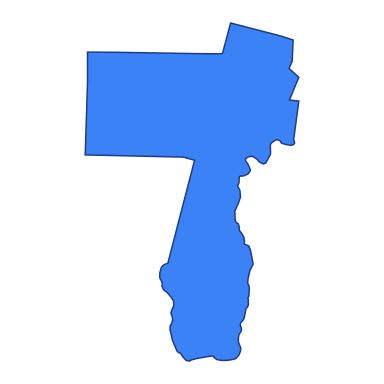 Charlton, Georgia, United States of America (orthographic projection)
{"feature_id": "52423323B4621357576796", "entity_name": "Charlton", "entity_type": "district", "adm_level": 2, "iso_a3": "USA", "parent_name": "United States of America", "parent_adm1": "Georgia", "projection": "orthographic", "projection_center": [-82.072, 30.717], "detail": "fine", "context": "isolated", "style": "filled", "palette": "blue", "viewbox_px": 384, "rotation_deg": 0, "n_neighbors": 0, "source": "geoboundaries", "source_scale": "gbopen_adm2", "svg_char_len": 2036}
<svg xmlns="http://www.w3.org/2000/svg" viewBox="0 0 384 384"><path d="M168.2,261.8L168.4,262.5L166.7,263.7L164.9,264.3L163.2,265.3L161.3,267.5L159.8,272.9L159.7,276.5L160.0,278.5L161.7,281.4L162.3,284.2L161.9,285.9L163.3,289.2L164.1,290.3L166.7,292.1L169.0,294.6L171.6,297.9L173.6,301.0L173.8,306.1L172.3,308.7L171.0,312.6L171.1,314.3L171.7,315.0L172.2,316.7L172.6,320.2L171.5,323.6L170.2,325.7L170.0,329.5L172.5,340.5L177.0,351.1L178.3,352.4L180.7,353.5L182.2,355.9L185.7,360.0L186.3,360.4L188.3,360.9L189.7,361.0L191.1,360.0L197.2,358.4L208.1,356.5L212.8,356.0L213.7,356.3L214.2,356.9L214.0,357.5L216.9,359.6L222.4,360.5L227.5,360.3L231.0,359.8L235.0,358.9L235.9,358.4L238.8,355.2L240.4,351.5L240.8,348.1L238.6,342.6L238.3,339.6L238.6,336.4L239.1,334.4L241.5,330.6L241.3,327.9L240.2,324.9L240.6,323.0L243.1,320.0L243.9,318.8L245.0,313.9L245.7,309.5L248.1,305.8L248.4,304.0L248.3,299.9L247.9,297.8L248.9,296.2L249.3,287.9L248.9,285.5L248.4,284.9L247.7,282.8L247.9,279.4L249.9,270.5L253.1,264.2L252.0,257.8L250.4,249.9L248.9,246.2L248.6,245.8L244.4,244.1L244.2,243.8L244.5,240.7L243.7,236.7L241.5,233.1L240.0,231.3L239.1,229.5L239.4,227.6L239.2,226.6L238.1,223.7L236.6,222.6L235.2,220.8L234.8,211.1L238.3,203.5L240.5,196.8L240.0,191.2L239.4,189.0L238.6,188.1L237.5,186.0L238.6,183.8L239.0,182.3L239.2,177.5L239.5,176.7L240.7,175.9L242.0,176.1L243.7,175.9L248.0,173.9L250.1,171.1L250.5,170.2L248.0,164.2L245.5,160.8L245.6,159.1L246.0,158.5L248.3,156.8L252.0,156.2L253.2,156.7L257.3,159.4L258.9,161.5L259.8,162.2L262.8,163.8L263.7,163.9L265.8,163.0L270.4,154.5L270.6,152.6L270.4,148.9L270.3,146.4L270.5,144.4L271.5,142.9L275.5,139.9L278.2,139.9L280.1,140.7L281.3,142.9L281.6,143.2L285.8,144.5L291.2,145.3L293.1,144.8L294.1,143.9L294.7,143.0L293.7,139.5L298.8,101.1L289.5,100.0L295.9,84.3L298.8,77.3L289.0,68.4L292.2,61.3L293.1,40.0L281.0,36.1L230.6,23.0L222.5,53.5L219.9,53.8L202.0,53.7L117.0,52.3L87.5,52.1L87.5,83.5L85.2,154.9L183.2,157.1L191.2,159.3L194.6,160.2L168.2,261.8Z" fill="#3b82f6" stroke="#1e3a8a" stroke-width="1.5"/></svg>